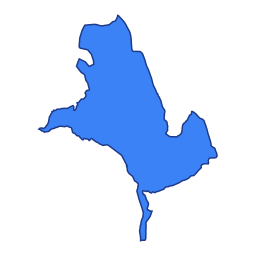 the district of Kiri, Bandundu, Democratic Republic of the Congo
{"feature_id": "63176286B37259268611319", "entity_name": "Kiri", "entity_type": "district", "adm_level": 2, "iso_a3": "COD", "parent_name": "Democratic Republic of the Congo", "parent_adm1": "Bandundu", "projection": "albers", "projection_center": [19.184, -1.724], "detail": "fine", "context": "isolated", "style": "filled", "palette": "blue", "viewbox_px": 256, "rotation_deg": 0, "n_neighbors": 0, "source": "geoboundaries", "source_scale": "gbopen_adm2", "svg_char_len": 5626}
<svg xmlns="http://www.w3.org/2000/svg" viewBox="0 0 256 256"><path d="M81.2,72.4L83.9,74.1L84.3,74.5L84.8,75.5L85.9,80.3L87.8,83.1L89.1,88.4L89.4,89.7L88.7,90.3L88.0,90.4L87.1,90.3L86.3,91.0L85.1,92.8L85.3,93.6L85.9,94.7L86.0,95.1L85.8,95.9L85.5,97.1L83.3,99.1L81.5,99.1L81.0,99.4L78.9,102.2L78.0,102.6L77.0,102.9L77.3,103.4L77.4,103.7L77.6,104.5L77.7,104.9L77.5,105.6L76.8,106.0L76.5,106.4L76.3,108.2L75.2,110.0L74.8,110.3L74.2,110.3L73.8,110.0L73.7,108.8L73.8,107.5L73.8,107.1L73.7,106.5L73.5,106.1L73.2,105.7L72.8,105.6L69.6,107.2L67.3,108.4L64.6,108.3L62.3,108.5L61.1,108.7L59.8,109.2L58.7,109.1L57.4,109.2L56.3,109.7L55.8,110.3L55.0,110.5L53.8,110.2L53.4,111.3L52.8,111.3L52.1,111.5L51.9,111.7L52.1,112.2L51.9,112.7L51.9,112.9L51.2,113.6L50.7,114.7L49.4,117.0L48.6,121.7L48.2,122.9L47.5,124.4L45.5,127.0L45.3,127.4L44.8,127.8L43.6,128.3L43.1,128.4L42.5,128.2L42.2,128.0L40.4,128.1L39.6,128.4L39.4,128.6L38.9,129.2L39.3,129.3L40.0,129.5L41.7,130.9L42.6,130.9L44.4,132.2L45.3,131.8L45.7,131.8L47.8,131.6L49.1,131.2L49.4,130.8L50.8,129.5L51.9,128.8L54.3,128.4L54.8,128.2L55.4,127.4L56.0,127.3L56.9,127.5L58.3,126.7L59.6,126.3L60.8,126.2L62.3,126.4L64.6,126.7L67.0,126.1L67.7,126.2L68.8,126.9L71.4,127.8L71.7,128.2L72.0,130.2L72.4,131.0L72.5,132.1L73.1,132.8L73.7,133.2L74.7,133.3L76.8,135.6L77.3,135.8L78.5,135.7L82.1,139.5L83.0,139.9L83.7,138.9L84.0,138.6L84.6,138.4L85.8,139.0L87.8,139.0L88.3,139.4L89.0,140.4L89.5,140.5L91.2,138.6L91.9,138.5L93.5,140.1L93.9,140.4L94.5,140.4L94.6,140.6L95.2,141.3L96.6,142.1L97.7,142.4L99.3,143.7L102.8,145.3L103.4,145.4L105.7,144.9L107.4,144.9L107.5,145.0L108.4,145.3L112.5,148.4L121.7,155.4L126.9,165.5L126.6,165.4L126.5,166.3L127.2,167.9L127.2,169.4L127.5,170.9L128.5,172.7L129.4,173.8L132.3,176.1L132.8,176.7L134.6,180.9L134.9,181.1L136.2,181.8L137.7,183.2L138.1,183.7L138.3,184.7L137.8,186.8L137.9,187.6L137.6,188.5L137.1,190.1L136.9,191.2L137.4,193.0L137.8,194.7L138.1,195.6L138.8,198.4L139.9,201.8L141.2,205.7L142.2,208.6L142.8,210.6L143.2,212.4L143.2,214.2L142.9,217.1L142.3,218.4L141.7,219.9L141.2,221.5L141.1,222.1L140.8,224.6L140.3,225.7L140.1,228.4L139.7,229.9L139.6,231.2L140.4,236.3L140.7,239.1L140.6,240.6L141.6,240.3L142.5,240.2L143.9,240.3L145.1,240.1L145.6,239.1L145.8,237.5L145.8,235.6L145.9,233.6L145.8,231.6L146.0,228.2L146.0,225.9L146.0,224.2L146.0,223.4L146.0,222.5L146.4,221.6L147.4,220.4L148.4,219.0L149.4,217.5L150.2,216.2L150.6,215.1L152.0,211.1L150.5,211.2L150.0,210.8L149.3,210.6L148.5,210.0L148.1,209.9L147.3,209.2L147.2,208.5L147.6,207.3L148.2,205.5L148.4,204.6L148.4,203.2L148.0,202.3L147.2,201.2L145.9,198.3L145.8,197.2L145.4,196.7L145.1,195.6L143.9,194.3L143.5,194.5L142.6,192.7L142.6,191.2L143.1,190.8L144.0,190.9L145.7,191.4L146.7,191.5L148.2,190.9L148.8,191.5L149.7,192.4L149.9,192.4L150.2,192.5L151.4,193.0L152.6,192.0L153.2,191.9L154.4,192.6L155.0,192.6L156.5,191.7L158.1,191.4L161.3,190.2L162.2,189.7L162.7,189.5L163.2,189.5L163.6,189.3L165.4,187.3L166.9,186.8L168.3,186.7L168.6,186.6L170.1,185.9L171.4,185.6L172.0,185.8L173.7,185.1L179.2,182.7L181.6,181.1L182.9,180.5L184.5,180.2L187.2,179.0L188.9,178.0L190.6,176.2L191.5,175.8L193.8,175.5L194.3,175.1L196.3,173.0L198.7,170.2L201.3,167.7L201.1,166.9L201.2,165.9L201.6,165.0L202.6,164.4L204.0,163.8L205.7,163.8L206.9,163.8L208.3,163.8L208.6,162.7L208.2,160.8L208.5,159.7L209.2,158.4L210.2,158.0L211.5,158.0L212.7,157.9L214.5,157.9L215.7,157.6L216.2,157.4L216.7,156.7L217.1,155.9L217.0,155.0L216.7,154.3L216.5,152.7L215.7,151.2L214.9,148.5L214.2,147.8L212.6,147.1L211.2,145.7L211.0,144.2L210.8,143.0L210.7,142.3L209.9,139.7L209.4,138.0L208.8,136.0L208.0,133.6L207.6,132.1L207.4,131.1L206.9,129.3L206.4,127.6L205.9,126.1L205.4,124.4L205.0,123.6L204.6,122.8L204.5,121.8L204.2,121.1L203.7,120.4L203.0,119.7L202.4,119.2L201.6,118.8L201.0,118.6L200.4,118.5L199.7,118.1L199.0,117.4L198.3,116.6L197.6,115.9L197.0,115.1L196.4,114.5L195.9,113.9L195.0,113.3L194.3,112.6L193.8,112.3L193.2,111.9L192.6,111.6L192.3,111.5L191.9,111.4L191.6,111.7L191.6,112.7L191.4,114.3L190.4,114.7L189.6,115.3L187.0,120.5L186.6,121.0L185.9,121.2L185.9,121.5L184.3,123.2L183.7,123.4L182.8,124.9L182.6,125.9L182.4,126.6L182.3,127.5L182.2,128.5L182.2,129.1L182.1,129.7L182.0,130.5L181.9,131.3L181.9,131.9L181.5,132.7L181.2,133.5L180.7,134.1L180.1,134.6L179.2,135.3L178.6,135.7L177.7,136.0L177.2,136.6L177.0,136.9L174.8,136.8L170.4,136.7L169.0,136.1L168.5,135.8L165.7,133.7L166.2,133.0L166.6,131.8L167.5,130.6L167.6,129.6L167.5,128.4L167.5,127.5L167.8,126.4L167.2,124.8L167.2,123.4L166.9,122.2L166.6,121.5L164.6,119.9L164.2,118.8L164.1,117.7L164.4,115.3L164.5,114.8L164.3,113.9L164.8,112.2L164.9,111.4L164.8,110.7L164.4,109.7L163.7,108.7L163.2,108.1L162.7,107.2L162.1,105.6L161.8,104.4L161.5,103.6L161.3,102.7L161.2,102.0L160.9,101.0L160.6,100.1L160.3,99.6L159.9,98.7L159.5,97.8L159.2,97.1L158.8,96.6L158.3,95.9L158.0,95.2L157.8,94.6L157.8,93.9L157.1,93.6L155.8,90.4L153.1,84.7L152.0,80.3L151.5,78.3L149.6,73.1L148.4,69.8L146.9,66.7L145.8,63.5L145.0,60.4L143.9,57.3L143.1,55.3L142.8,54.3L142.0,53.2L141.3,52.4L140.5,51.8L139.4,51.5L135.8,51.4L133.2,51.4L132.6,51.0L132.0,50.1L131.7,47.9L131.4,44.3L131.3,41.6L131.1,38.9L130.9,37.3L130.7,35.8L130.1,33.2L129.3,31.1L127.8,28.4L126.1,25.2L124.4,22.3L122.3,19.8L120.2,17.6L118.7,15.9L117.7,15.4L117.4,17.0L116.3,19.5L115.3,20.8L114.8,21.2L112.6,21.8L109.5,24.5L108.4,24.9L104.4,25.5L103.0,25.7L102.5,25.9L100.2,25.7L98.6,25.2L96.7,24.6L95.0,24.4L93.6,24.4L84.8,25.2L82.1,30.4L81.4,32.8L79.8,38.0L79.1,46.8L80.1,48.1L87.7,49.8L91.4,54.3L93.5,60.6L93.7,64.4L89.0,66.4L85.4,61.9L79.3,58.9L78.0,61.9L76.5,66.3L79.5,70.3L81.2,72.4Z" fill="#3b82f6" stroke="#1e3a8a" stroke-width="1.5"/></svg>